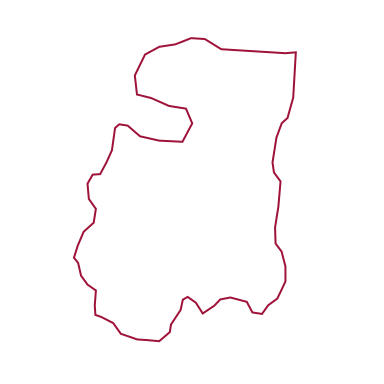 the district of Kungsbacka, Halland, Sweden, rotated 99°
{"feature_id": "70781695B93011743740918", "entity_name": "Kungsbacka", "entity_type": "district", "adm_level": 2, "iso_a3": "SWE", "parent_name": "Sweden", "parent_adm1": "Halland", "projection": "natural_earth1", "projection_center": [12.215, 57.462], "detail": "fine", "context": "isolated", "style": "outline", "palette": "rose", "viewbox_px": 384, "rotation_deg": 99, "n_neighbors": 0, "source": "geoboundaries", "source_scale": "gbopen_adm2", "svg_char_len": 1048}
<svg xmlns="http://www.w3.org/2000/svg" viewBox="0 0 384 384"><g transform="rotate(99 192 192)"><path d="M328.5,268.2L329.6,262.2L333.8,249.3L343.2,240.1L346.2,223.0L345.3,213.3L344.5,201.1L333.9,192.0L326.1,192.0L310.3,184.8L299.8,184.2L296.3,179.9L300.7,170.9L310.3,162.4L300.7,152.1L293.7,147.3L290.2,137.6L291.9,120.7L301.5,113.5L301.5,103.8L291.9,99.0L284.0,91.1L276.1,88.7L266.3,85.9L265.6,85.7L250.8,88.1L236.8,94.2L229.8,101.4L214.1,104.4L193.1,104.4L167.7,106.2L159.9,114.1L150.3,117.1L124.9,117.1L110.0,114.1L103.9,109.2L101.8,109.0L82.9,106.8L37.8,111.3L40.3,121.4L46.4,185.4L38.9,203.3L40.2,217.0L48.8,231.6L53.7,247.0L63.6,259.9L85.8,266.7L104.3,261.6L105.6,247.0L110.6,228.2L110.6,211.0L124.2,202.5L143.9,209.3L146.4,232.4L145.1,252.1L136.5,265.9L136.5,274.4L140.8,278.0L163.3,277.6L176.4,281.2L188.7,285.5L190.4,292.8L200.1,296.5L215.0,292.8L223.7,284.3L237.7,284.3L248.2,292.8L263.1,296.5L275.4,298.3L279.8,293.4L292.0,288.5L299.9,280.6L304.3,271.5L319.2,270.3L328.5,268.2Z" fill="none" stroke="#9f1239" stroke-width="2"/></g></svg>